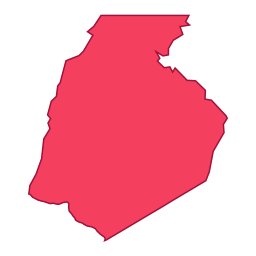 Frederick, Maryland, United States of America (Mercator projection)
{"feature_id": "52423323B20560007602633", "entity_name": "Frederick", "entity_type": "district", "adm_level": 2, "iso_a3": "USA", "parent_name": "United States of America", "parent_adm1": "Maryland", "projection": "mercator", "projection_center": [-77.438, 39.47], "detail": "fine", "context": "isolated", "style": "filled", "palette": "rose", "viewbox_px": 256, "rotation_deg": 0, "n_neighbors": 0, "source": "geoboundaries", "source_scale": "gbopen_adm2", "svg_char_len": 1209}
<svg xmlns="http://www.w3.org/2000/svg" viewBox="0 0 256 256"><path d="M188.9,15.4L180.9,15.4L179.7,15.4L104.5,15.4L101.1,15.4L93.8,26.4L87.5,31.7L92.9,35.2L83.4,51.3L79.0,55.6L66.0,60.7L60.2,82.6L57.7,86.0L56.4,96.4L51.3,101.3L47.6,114.9L50.6,118.6L48.0,123.0L50.0,128.7L43.8,138.8L41.6,158.7L36.1,174.1L29.9,185.5L28.8,194.0L29.2,194.0L30.8,195.1L32.6,197.2L37.9,200.0L41.6,201.1L43.1,201.3L50.1,203.6L53.6,203.2L56.0,204.0L58.1,204.3L59.7,204.0L63.1,202.5L66.0,202.0L67.2,202.1L67.5,202.3L68.4,203.1L68.9,204.0L68.6,207.3L69.2,211.1L71.9,214.2L72.7,215.7L74.5,217.6L75.0,218.5L75.4,219.7L76.3,220.6L78.4,221.8L82.6,223.2L83.1,223.5L83.6,224.1L87.5,226.1L91.6,226.8L95.0,228.4L95.7,229.1L97.1,231.1L100.4,234.3L104.3,237.0L105.0,238.0L105.1,238.5L105.0,239.9L104.7,240.6L106.2,240.0L165.0,205.1L165.6,204.7L173.0,200.2L205.6,180.8L205.9,180.6L209.3,171.8L213.2,151.3L224.0,132.7L223.4,124.4L227.2,118.3L226.1,115.9L211.4,100.2L205.0,99.1L205.4,90.4L195.5,80.8L187.1,80.3L175.1,68.0L172.6,72.1L169.9,66.9L164.2,67.7L157.4,61.1L159.8,58.3L156.1,51.7L163.0,55.9L168.4,54.9L168.5,48.4L173.2,40.3L182.8,34.4L180.0,26.6L189.5,25.0L185.6,21.7L188.9,15.4Z" fill="#f43f5e" stroke="#9f1239" stroke-width="1.5"/></svg>